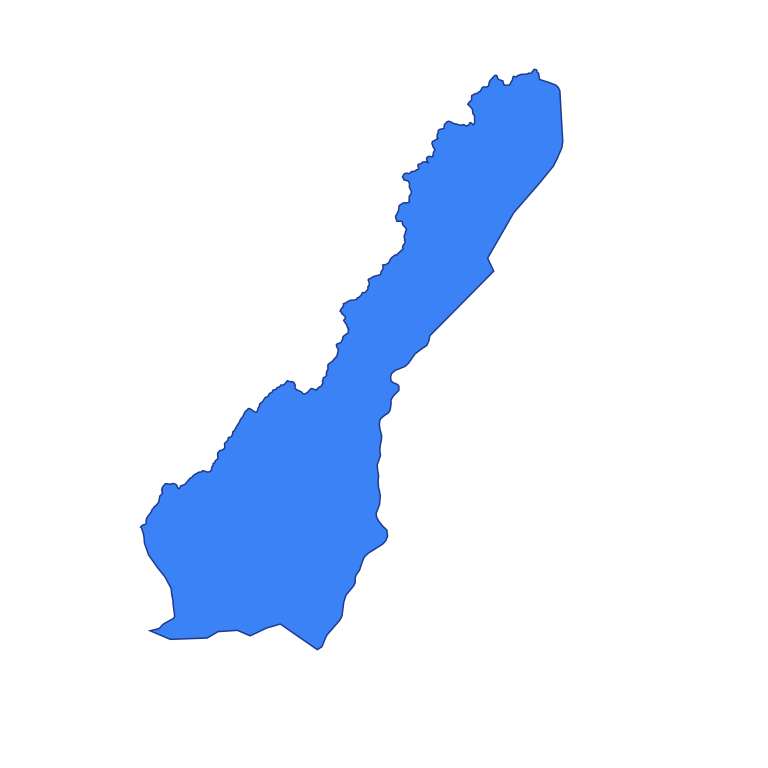 outline of Kemin, Chuy, Kyrgyzstan, rotated 310°
{"feature_id": "92254566B21281891478391", "entity_name": "Kemin", "entity_type": "district", "adm_level": 2, "iso_a3": "KGZ", "parent_name": "Kyrgyzstan", "parent_adm1": "Chuy", "projection": "orthographic", "projection_center": [76.498, 42.781], "detail": "fine", "context": "isolated", "style": "filled", "palette": "blue", "viewbox_px": 768, "rotation_deg": 310, "n_neighbors": 0, "source": "geoboundaries", "source_scale": "gbopen_adm2", "svg_char_len": 6155}
<svg xmlns="http://www.w3.org/2000/svg" viewBox="0 0 768 768"><g transform="rotate(310 384 384)"><path d="M137.6,503.7L142.8,505.3L152.5,502.2L155.4,501.6L173.9,502.0L177.2,501.5L179.5,500.8L191.2,493.3L197.8,490.6L210.0,490.5L213.3,489.6L217.1,486.5L220.0,485.4L225.7,484.9L233.8,481.6L239.1,480.1L244.6,480.8L260.6,485.9L265.2,486.1L269.7,484.6L273.9,480.2L274.3,474.3L275.5,468.4L277.1,464.0L279.8,461.2L288.7,458.1L295.8,453.2L299.3,449.0L301.6,445.9L306.2,441.6L310.3,438.8L314.0,434.4L317.6,430.8L327.1,427.2L330.5,423.4L334.7,420.5L338.9,418.3L342.8,415.5L346.3,410.6L349.8,406.6L353.6,404.1L356.3,403.8L361.1,404.8L364.7,406.0L368.1,405.4L373.6,402.0L376.3,399.6L379.7,399.0L381.9,398.9L388.7,399.5L391.9,396.8L392.3,394.6L391.0,390.3L390.9,387.3L394.0,384.3L397.1,383.1L401.5,383.8L411.0,388.8L415.9,389.4L427.0,388.4L434.5,390.1L441.0,392.0L446.1,390.5L450.5,388.1L541.0,395.5L547.0,382.5L598.5,373.3L636.8,374.0L659.6,373.7L667.5,371.9L679.2,368.4L684.5,365.2L721.7,330.2L723.2,326.9L723.4,323.5L721.6,318.0L717.3,307.4L721.3,302.8L721.4,300.7L722.6,299.2L722.6,298.6L721.5,296.7L720.2,296.9L719.0,296.7L717.5,297.1L716.5,297.0L715.3,295.2L713.7,294.5L711.8,292.8L709.3,289.9L707.7,289.3L706.9,288.4L704.4,287.8L703.8,287.2L703.1,285.7L702.8,285.5L702.1,285.5L699.2,287.0L697.1,287.2L694.7,287.9L693.7,287.9L692.8,287.1L690.6,284.6L690.4,283.7L691.4,281.7L692.6,280.3L690.9,275.8L691.6,273.8L692.3,273.1L692.7,272.4L692.6,271.6L692.3,271.1L691.3,270.5L684.2,270.2L682.4,270.8L681.2,271.7L679.6,272.3L678.5,272.4L676.8,271.1L675.9,269.6L675.1,269.0L673.9,268.8L671.2,269.4L669.3,269.5L668.4,268.7L666.5,268.8L665.2,267.3L661.4,265.8L660.0,266.6L658.2,268.4L657.4,268.6L654.5,268.1L652.4,268.3L652.0,268.6L652.1,270.0L651.3,275.1L648.5,278.0L648.0,278.9L648.1,280.4L642.9,285.2L642.1,285.6L640.3,285.8L639.9,285.8L640.0,282.8L639.6,282.0L639.1,281.9L636.6,282.5L634.5,281.0L633.9,278.2L631.3,276.2L630.7,275.1L629.9,272.6L629.1,271.6L628.1,269.1L628.0,267.8L627.0,264.8L625.2,263.6L623.6,263.8L622.3,263.5L621.5,263.6L618.2,265.7L614.7,262.9L613.0,262.7L611.0,264.0L609.5,264.4L607.3,265.9L606.9,266.4L606.7,267.5L604.1,266.5L602.4,266.2L601.6,265.4L601.0,265.3L599.6,265.7L598.6,266.7L598.3,267.7L597.4,268.7L596.6,270.9L596.5,272.2L593.1,273.1L589.5,275.1L588.6,274.4L587.8,272.8L587.0,271.9L585.8,271.4L584.6,271.4L583.8,271.9L582.7,273.1L581.8,275.4L580.8,272.9L580.3,272.2L578.8,271.0L577.1,270.8L575.8,270.3L574.3,269.0L573.2,269.5L571.4,272.1L570.3,272.3L569.0,271.2L567.2,271.0L566.7,270.7L565.5,269.4L564.9,269.2L564.7,268.7L561.4,268.0L560.7,267.2L560.4,266.2L559.7,265.9L559.5,265.2L558.2,264.4L554.8,264.9L554.3,265.3L554.1,265.8L554.0,266.9L553.4,267.6L553.3,268.2L553.4,268.9L554.6,270.8L554.9,272.4L554.7,273.0L554.0,274.6L550.9,277.1L549.8,279.8L548.8,281.6L546.6,282.5L543.9,282.7L543.4,283.3L540.5,285.3L540.0,286.4L538.4,286.1L535.2,282.4L530.5,280.9L525.9,283.7L522.3,284.7L520.0,284.9L518.6,286.5L516.9,289.4L519.3,291.9L520.1,293.3L519.8,294.0L518.4,295.4L517.9,296.3L517.7,299.2L517.1,301.5L516.5,302.0L514.9,302.4L512.8,303.6L511.4,303.8L509.7,304.8L508.5,306.6L508.0,307.2L507.4,307.2L506.8,308.5L506.3,308.9L504.6,309.6L502.6,309.4L500.5,310.5L499.8,311.8L492.7,310.8L490.6,310.9L490.1,309.6L485.6,308.6L483.2,308.7L482.0,309.3L479.4,309.7L475.7,308.1L475.3,307.4L474.3,306.5L473.3,307.9L471.2,309.4L468.1,309.6L466.0,310.8L465.3,310.9L460.4,307.4L457.7,306.1L456.1,305.9L455.0,305.0L454.3,304.8L453.4,305.1L452.2,307.5L450.4,309.0L448.0,309.2L447.1,310.2L446.0,310.7L442.1,310.8L440.5,309.1L439.9,308.8L437.0,309.4L434.6,309.1L432.7,308.2L431.0,308.6L429.3,307.4L426.9,304.7L423.9,303.2L421.3,302.5L419.4,301.3L418.9,301.9L417.3,302.8L413.2,303.0L411.5,303.6L411.7,305.2L410.9,306.0L410.7,308.4L410.9,310.9L408.9,312.3L407.1,312.1L406.7,312.3L406.0,315.0L404.9,318.2L403.6,320.0L403.8,320.9L400.3,323.6L399.5,323.7L398.1,323.0L394.7,322.3L393.6,322.3L391.6,323.6L390.1,323.7L388.3,324.4L387.2,324.0L384.8,322.4L383.5,322.3L382.2,323.6L381.1,326.6L380.7,327.2L375.4,329.8L372.9,330.0L370.5,329.6L368.8,330.1L367.6,329.6L363.9,328.8L362.4,328.8L359.3,331.6L357.3,331.9L355.1,332.9L354.0,334.4L351.7,334.4L349.7,333.6L349.2,333.7L347.9,334.7L346.4,335.1L345.6,336.6L343.9,336.8L342.2,337.4L339.2,336.1L335.8,336.0L334.2,331.7L333.6,331.1L328.4,330.8L325.5,329.8L325.0,329.3L324.5,327.9L324.9,326.2L324.4,323.8L323.7,321.9L323.3,321.3L323.8,318.2L326.1,316.7L326.9,315.1L327.2,313.8L326.8,312.1L325.8,311.3L324.3,307.8L320.3,308.0L318.4,307.4L316.7,305.6L315.6,305.9L313.7,305.3L312.6,304.4L310.1,304.6L309.3,304.1L308.3,302.9L306.5,303.4L305.5,303.4L302.9,302.3L300.5,303.1L298.9,302.7L298.1,302.0L296.9,301.7L292.7,302.3L288.8,301.5L286.8,302.9L285.0,302.9L282.5,304.1L280.6,304.5L279.8,303.5L279.5,302.9L279.0,297.4L278.2,296.0L277.8,295.8L276.4,295.9L274.0,295.4L270.7,296.1L268.5,296.8L264.2,296.9L262.0,297.7L257.1,298.3L252.0,299.3L250.2,298.9L248.1,300.3L246.2,300.8L244.7,300.6L243.0,299.2L242.2,299.5L240.9,300.4L238.9,300.5L236.7,300.0L235.4,300.5L233.7,302.3L232.0,303.3L230.0,302.6L229.4,302.8L227.7,301.1L225.1,300.9L224.2,301.1L222.7,302.1L220.6,304.4L219.1,304.7L217.2,304.2L216.3,304.2L214.9,305.0L213.2,304.2L211.9,305.4L210.5,305.3L206.2,307.3L204.2,306.5L202.7,304.9L202.1,302.6L201.3,301.1L200.7,300.7L198.9,300.4L198.2,299.8L197.5,298.9L196.8,298.5L194.9,298.0L193.6,297.3L191.3,296.8L189.1,296.8L186.8,296.0L179.0,296.0L175.1,293.7L173.2,294.4L172.1,294.2L171.8,292.9L173.3,290.2L172.9,287.6L172.5,286.8L170.5,285.0L169.6,284.6L168.3,282.1L167.1,280.7L164.6,280.5L162.0,280.8L161.3,281.2L161.0,281.9L159.9,281.8L157.8,284.6L154.0,284.3L148.6,287.4L143.5,287.4L142.7,286.9L141.8,286.9L139.9,287.3L138.4,287.1L136.9,287.7L133.7,288.2L132.2,288.0L130.1,288.4L128.5,288.4L126.6,289.5L124.8,291.1L123.1,291.6L122.0,290.6L120.3,289.6L118.0,289.5L118.2,290.0L115.4,294.9L112.7,298.3L108.2,302.7L101.7,313.6L97.7,328.9L95.5,340.0L90.7,352.1L85.3,357.9L82.3,361.8L80.9,362.8L71.2,373.3L68.9,373.3L59.4,369.7L57.6,369.2L52.7,369.0L51.6,368.6L44.6,363.4L51.0,384.4L75.7,411.8L87.6,416.0L101.1,430.1L105.0,443.3L121.9,451.1L133.5,458.9L137.6,503.7Z" fill="#3b82f6" stroke="#1e3a8a" stroke-width="1.5"/></g></svg>